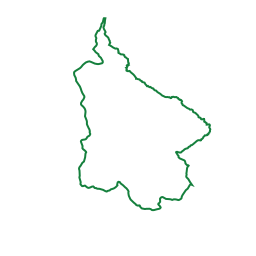 Jardín, Antioquia, Colombia (Natural Earth projection), rotated 127°
{"feature_id": "7082276B57305283238211", "entity_name": "Jardín", "entity_type": "district", "adm_level": 2, "iso_a3": "COL", "parent_name": "Colombia", "parent_adm1": "Antioquia", "projection": "natural_earth1", "projection_center": [-75.842, 5.568], "detail": "fine", "context": "isolated", "style": "outline", "palette": "green", "viewbox_px": 256, "rotation_deg": 127, "n_neighbors": 0, "source": "geoboundaries", "source_scale": "gbopen_adm2", "svg_char_len": 5700}
<svg xmlns="http://www.w3.org/2000/svg" viewBox="0 0 256 256"><g transform="rotate(127 128 128)"><path d="M140.5,43.8L136.6,44.3L135.7,44.2L135.1,43.5L134.9,42.7L133.9,45.7L132.5,49.1L132.2,51.2L131.9,52.1L131.2,52.6L130.0,53.1L129.3,53.9L128.8,54.2L127.5,54.9L124.8,56.5L123.8,56.9L123.0,57.0L121.6,56.9L121.5,57.3L122.1,58.5L121.9,60.2L121.7,60.8L120.7,61.8L120.0,63.0L120.0,63.7L121.1,68.2L121.0,69.7L120.8,70.2L119.9,70.8L119.6,72.2L119.0,73.6L118.6,74.8L118.4,75.0L118.1,75.0L117.5,74.5L117.0,73.0L116.4,71.8L115.7,71.0L113.5,70.6L112.6,70.2L111.0,70.0L109.3,69.1L108.7,68.5L108.2,68.2L107.6,68.1L106.6,68.2L105.4,67.4L104.8,67.4L104.4,67.5L104.0,67.4L103.2,66.7L101.1,66.1L100.3,66.0L98.8,65.6L97.6,65.4L96.0,64.9L95.0,64.0L94.3,62.6L93.8,62.3L93.0,62.7L92.1,62.2L90.8,62.1L89.5,62.4L88.2,62.1L87.7,62.2L86.9,61.2L86.5,61.0L86.2,60.9L85.9,60.4L85.1,60.7L84.6,60.1L84.1,60.4L83.6,60.5L82.7,60.2L82.0,60.5L81.3,60.5L80.5,61.2L79.5,61.5L79.2,62.0L78.9,62.9L78.7,63.4L78.0,63.8L76.9,64.0L76.2,64.8L76.2,65.2L76.3,65.5L77.1,66.2L78.0,67.2L76.8,68.1L76.8,68.5L77.0,69.1L76.7,69.7L77.1,70.7L77.0,71.0L75.9,71.7L75.0,72.7L75.3,73.2L76.0,73.6L76.4,73.9L76.9,74.7L76.9,75.0L76.4,75.8L76.3,76.4L76.9,77.9L76.9,78.2L76.4,78.6L76.1,79.0L75.7,80.3L75.6,81.9L75.4,82.9L75.5,83.7L75.9,85.0L76.0,85.4L75.6,86.1L74.8,87.0L74.8,87.6L75.0,88.5L76.0,89.5L75.9,90.7L76.4,92.6L76.5,97.0L76.8,98.0L76.7,98.3L76.2,98.8L76.1,99.8L75.6,100.4L75.2,100.7L74.1,100.9L74.0,101.2L74.0,101.6L73.8,101.9L73.7,102.4L73.8,102.8L74.1,103.0L74.3,103.3L74.1,103.8L74.4,104.2L74.2,104.8L74.4,105.3L73.9,106.2L74.2,106.8L74.1,107.7L74.2,108.1L75.2,109.1L75.9,110.8L76.7,111.2L76.8,111.6L77.1,111.8L78.1,111.6L78.5,112.0L78.5,113.5L79.0,114.0L79.4,115.0L80.2,115.9L80.7,116.7L81.0,117.6L81.1,118.7L81.5,120.1L81.3,122.7L81.6,126.2L81.2,128.0L81.7,129.0L81.7,129.7L81.7,130.8L81.3,131.2L81.2,131.5L81.8,133.1L81.7,134.8L81.8,134.9L82.2,135.1L82.5,135.5L82.4,137.3L83.0,137.6L83.2,138.0L82.8,138.9L82.7,139.9L82.5,140.7L82.0,141.6L81.8,142.1L82.7,144.3L82.6,144.8L82.2,145.4L82.5,146.1L82.6,146.4L82.6,146.8L82.3,147.8L82.4,148.2L83.2,149.9L83.3,150.6L83.8,151.2L83.1,151.7L82.6,153.7L82.3,154.2L82.2,155.0L82.0,155.9L81.8,159.8L81.5,160.6L81.5,160.9L81.5,161.1L82.2,161.7L82.8,162.5L83.1,163.6L82.7,164.2L81.9,164.2L81.6,164.5L81.1,165.2L81.0,165.7L80.2,165.3L79.5,165.4L79.3,165.5L79.1,166.2L78.8,166.6L78.3,166.5L77.8,165.5L77.2,165.3L77.0,166.2L76.8,166.3L76.1,166.2L75.8,166.3L75.3,167.5L74.8,167.9L72.9,169.6L73.1,170.8L72.9,172.3L73.1,173.2L72.7,173.9L72.5,174.6L72.1,174.8L72.0,175.4L72.4,176.4L73.5,178.1L73.5,179.7L73.8,180.7L73.1,181.5L72.7,181.5L72.3,181.9L71.4,183.2L71.2,183.3L71.0,183.8L71.2,184.4L71.5,185.2L72.1,185.7L72.3,186.2L72.7,188.7L72.7,190.6L72.8,191.0L72.9,192.0L72.8,192.6L73.0,193.1L71.7,193.4L70.6,193.5L70.1,194.5L69.4,195.0L69.0,196.1L67.8,198.0L67.6,198.9L67.5,201.5L67.2,202.7L66.8,203.3L66.5,203.5L65.2,203.5L64.7,203.9L63.4,206.8L62.4,208.2L60.4,208.7L59.2,209.4L58.3,209.6L56.0,211.1L54.0,212.1L54.8,213.3L55.2,213.3L58.4,211.9L59.1,211.7L60.2,211.8L61.1,211.7L62.4,210.8L66.6,209.8L67.5,209.6L67.8,210.0L68.2,210.1L68.4,210.4L68.7,210.6L73.0,209.9L73.9,209.5L74.3,209.1L74.6,208.7L74.9,207.9L75.4,207.3L76.9,206.7L78.1,205.8L78.5,205.3L79.0,204.0L79.7,203.4L80.2,203.1L81.8,202.9L82.9,203.2L86.0,203.2L86.4,201.0L86.9,199.5L86.9,196.0L87.5,195.4L88.0,194.6L88.2,191.9L89.0,190.2L89.8,188.4L90.9,187.6L91.9,187.7L92.4,188.1L94.5,189.8L95.4,191.0L96.5,193.2L97.5,197.4L98.0,198.9L99.2,200.0L101.0,201.1L103.3,201.7L104.8,202.0L107.6,202.1L109.2,202.4L114.3,204.4L115.9,204.6L117.0,203.8L118.1,202.7L119.4,200.0L120.8,198.4L121.6,197.8L123.8,191.4L125.0,189.4L126.3,187.6L127.6,185.4L128.9,182.0L129.8,181.3L132.1,180.8L133.9,180.9L136.1,180.6L136.4,180.5L137.4,179.7L137.7,178.9L137.9,176.6L138.4,174.7L138.9,173.6L139.8,172.4L140.7,171.6L144.5,169.4L146.9,165.5L147.8,164.5L149.6,163.2L150.3,162.1L151.9,159.1L152.1,158.5L152.8,157.4L153.6,156.5L154.3,156.2L154.8,155.7L155.2,154.9L155.6,154.5L156.2,154.3L157.3,154.2L159.4,155.1L161.0,154.9L162.3,155.0L163.1,155.5L164.5,156.9L165.2,157.5L166.0,157.7L166.6,157.7L167.1,157.5L167.7,156.7L169.7,153.5L171.6,152.2L171.9,151.3L172.0,148.6L172.3,147.1L172.7,146.7L173.5,146.7L174.1,146.5L177.2,144.6L181.3,143.0L183.3,143.5L186.8,143.1L187.8,143.2L188.6,143.1L189.5,142.9L190.2,142.4L191.2,141.1L192.4,140.1L195.3,137.7L196.1,137.4L196.8,137.0L199.7,133.2L200.8,132.6L201.5,132.1L201.9,130.5L202.0,129.7L201.7,129.2L201.2,128.7L200.3,128.1L199.9,127.6L200.0,124.9L199.8,123.9L199.5,123.4L199.2,123.1L198.2,122.4L196.5,121.5L196.1,121.1L195.6,120.6L195.6,119.8L195.9,119.0L195.9,118.4L195.6,117.8L195.2,117.4L195.0,116.0L193.8,114.3L192.4,110.7L192.0,107.9L191.5,106.7L190.6,106.5L188.9,105.1L187.4,104.8L184.9,103.0L183.0,102.3L181.9,102.1L180.2,101.9L179.7,102.6L177.6,103.5L176.9,103.3L176.6,103.1L176.4,102.6L176.2,102.0L176.2,101.6L176.7,100.7L176.7,97.5L177.1,94.4L177.1,93.0L177.7,90.7L178.3,89.4L179.3,88.9L180.1,88.2L181.6,86.6L183.2,83.7L183.6,82.7L184.1,78.6L184.2,76.5L184.2,76.0L184.5,75.3L184.5,74.8L184.0,73.3L183.5,72.8L183.1,72.6L183.0,72.3L182.9,72.0L183.1,71.5L183.4,71.2L183.7,70.4L183.9,68.6L183.7,68.1L182.5,65.7L181.5,64.7L179.6,62.3L179.1,61.0L179.1,59.5L178.5,58.5L177.6,57.6L175.5,56.0L173.9,54.6L173.1,54.1L172.2,54.0L171.7,54.2L171.5,54.8L171.0,56.2L171.0,57.0L170.7,57.9L170.4,58.1L169.9,58.2L169.6,58.0L169.0,57.9L167.6,57.9L165.3,59.8L164.3,59.9L163.9,59.9L162.7,59.3L162.4,58.9L162.2,58.3L161.8,55.0L159.9,52.1L159.2,50.8L158.9,49.6L158.8,49.4L157.4,48.5L156.7,47.6L155.9,46.1L155.3,44.5L154.5,43.8L152.8,43.1L152.0,43.0L150.3,43.8L148.6,44.1L142.9,44.4L140.5,43.8Z" fill="none" stroke="#15803d" stroke-width="2"/></g></svg>